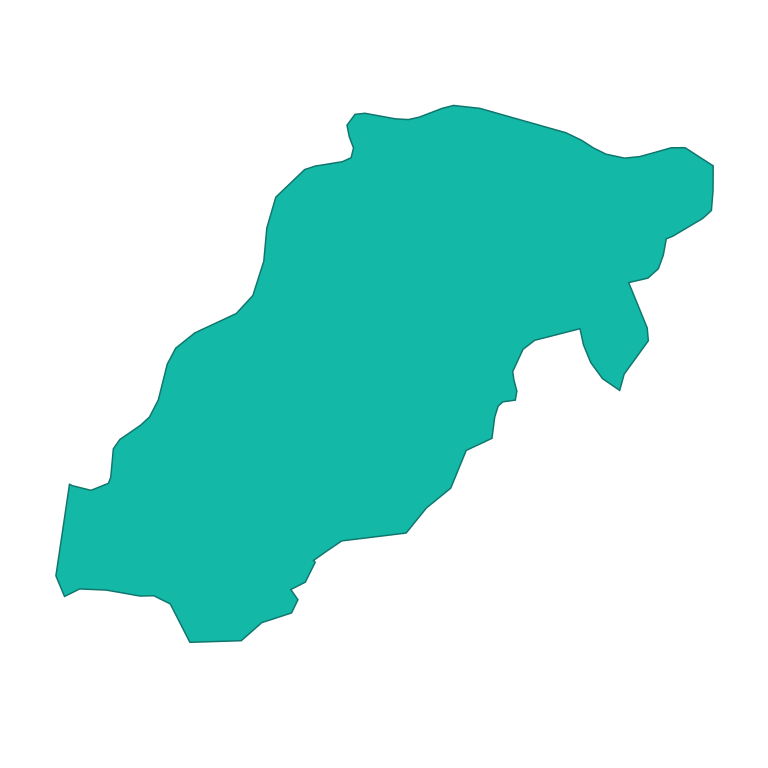 Bender, Natural Earth projection, rotated 280°
{"feature_id": "MDA-1650", "entity_name": "Bender", "entity_type": "City", "adm_level": 1, "iso_a3": "MDA", "parent_name": "Moldova", "parent_adm1": "", "projection": "natural_earth1", "projection_center": [29.721, 46.757], "detail": "fine", "context": "isolated", "style": "filled", "palette": "teal", "viewbox_px": 768, "rotation_deg": 280, "n_neighbors": 0, "source": "natural_earth", "source_scale": "10m", "svg_char_len": 1401}
<svg xmlns="http://www.w3.org/2000/svg" viewBox="0 0 768 768"><g transform="rotate(280 384 384)"><path d="M230.6,91.7L229.7,95.1L228.4,113.9L238.3,129.8L244.7,131.1L273.2,128.7L283.5,133.5L301.1,151.4L310.8,158.8L329.1,164.5L365.9,167.1L383.2,172.7L401.5,188.8L427.8,226.3L448.4,239.5L484.1,244.3L517.2,241.5L549.2,245.0L581.4,268.6L586.7,278.5L595.7,304.4L601.1,312.3L611.1,313.0L621.4,306.9L632.4,302.6L644.5,308.6L647.3,318.2L647.1,348.9L648.6,362.0L653.0,372.5L665.4,393.1L670.4,404.1L672.1,430.4L663.0,519.6L658.3,536.3L652.9,549.1L648.9,562.7L648.2,581.7L652.4,596.5L666.5,625.8L669.0,639.4L656.0,670.3L631.2,674.5L611.7,676.3L602.5,669.2L579.5,642.5L576.3,637.2L576.1,636.8L559.3,636.7L545.2,634.2L534.1,625.5L526.6,607.9L526.3,607.4L484.9,633.5L472.5,636.8L435.4,618.8L419.4,617.3L418.6,617.2L427.2,598.3L441.0,583.9L457.1,573.7L472.5,567.4L453.2,524.8L442.8,515.4L442.4,514.9L418.6,508.6L410.6,511.2L400.0,516.1L391.3,516.1L390.9,516.1L387.1,504.2L382.6,500.7L382.2,500.3L370.8,498.8L350.1,499.7L349.3,499.8L332.9,476.5L293.0,467.8L269.3,447.3L241.1,431.7L222.2,369.7L209.1,356.2L198.5,345.7L198.1,345.2L196.5,347.2L175.5,341.0L175.3,341.0L165.4,327.9L156.6,336.7L142.5,332.7L127.8,305.1L106.4,288.0L95.9,237.7L130.3,211.7L135.5,194.0L132.8,180.6L132.8,146.1L129.3,119.8L119.3,106.3L119.4,106.2L138.1,94.2L229.9,91.7L230.6,91.7Z" fill="#14b8a6" stroke="#0f766e" stroke-width="1.5"/></g></svg>